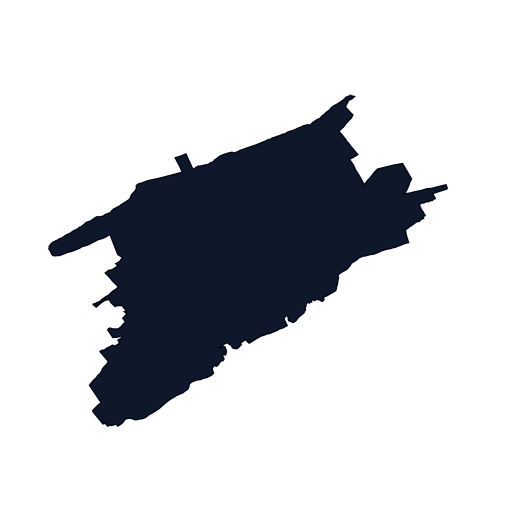 the district of Puiesti, Vaslui, Romania, rotated 258°
{"feature_id": "2599482B4132166404081", "entity_name": "Puiesti", "entity_type": "district", "adm_level": 2, "iso_a3": "ROU", "parent_name": "Romania", "parent_adm1": "Vaslui", "projection": "mercator", "projection_center": [27.45, 46.442], "detail": "fine", "context": "isolated", "style": "filled", "palette": "ink", "viewbox_px": 512, "rotation_deg": 258, "n_neighbors": 0, "source": "geoboundaries", "source_scale": "gbopen_adm2", "svg_char_len": 6082}
<svg xmlns="http://www.w3.org/2000/svg" viewBox="0 0 512 512"><g transform="rotate(258 256 256)"><path d="M299.0,424.1L315.9,418.5L316.2,409.8L315.7,392.9L313.2,389.2L308.4,383.6L307.4,381.9L305.5,379.5L304.1,377.8L303.5,378.0L303.4,376.5L311.0,374.3L319.9,371.1L324.2,370.3L331.2,367.4L332.6,372.5L334.1,376.6L343.2,371.7L347.8,369.6L349.0,368.5L350.9,368.1L356.3,365.5L360.7,362.9L364.9,369.4L365.6,370.2L366.0,370.2L371.3,378.0L374.0,380.1L374.8,379.3L383.2,374.3L385.6,376.2L386.3,376.5L387.1,377.6L388.0,377.9L389.0,379.0L390.0,382.8L391.5,385.4L392.3,384.0L391.7,382.9L393.5,382.1L393.1,380.7L392.6,377.3L390.7,374.5L389.3,371.2L387.8,367.4L386.5,362.8L386.1,362.4L385.3,360.3L383.9,359.0L382.5,356.3L381.9,354.6L380.4,352.5L378.9,349.2L377.4,347.7L377.0,346.2L377.0,345.0L375.8,342.0L374.4,338.6L373.5,337.6L373.1,336.7L373.0,335.3L373.4,333.7L373.6,333.7L373.4,329.3L372.7,327.0L372.2,323.4L371.3,319.9L370.5,312.5L369.5,310.1L369.4,308.2L369.6,307.4L369.2,306.5L368.7,303.3L368.4,299.8L368.0,298.9L368.1,297.9L367.9,296.1L366.9,294.5L367.2,294.0L367.1,291.3L366.6,290.2L364.6,279.1L362.7,263.3L361.6,259.0L361.3,255.0L362.0,254.7L362.4,254.1L362.4,250.6L361.9,245.2L361.1,241.2L359.4,237.8L358.3,235.1L357.5,234.9L356.7,232.6L356.4,230.2L355.5,228.8L355.5,220.3L355.8,217.7L353.6,212.3L370.4,208.6L369.3,203.3L368.8,197.4L358.9,200.3L353.2,201.3L352.1,177.5L352.1,166.9L351.9,164.1L351.2,160.8L350.9,156.1L350.6,155.1L349.6,153.5L347.6,153.3L346.2,152.6L344.8,151.3L342.1,147.4L340.8,146.2L338.9,145.3L337.2,143.0L334.0,134.4L333.2,133.2L331.6,126.8L329.9,123.9L328.6,122.5L327.9,117.2L326.9,115.3L326.7,113.7L326.8,110.2L327.3,109.2L327.4,108.3L326.3,105.3L324.6,101.6L324.0,96.7L322.4,94.1L320.8,90.8L320.8,89.3L319.7,87.7L318.3,82.1L317.0,79.5L316.0,74.9L314.1,70.2L313.5,67.1L312.6,64.5L312.5,63.3L312.1,62.6L311.8,60.7L310.8,58.4L309.6,57.5L308.6,55.8L307.7,55.7L305.8,54.9L305.5,55.4L299.7,56.8L298.8,57.6L298.0,59.2L298.0,60.5L297.4,64.0L298.4,70.6L298.9,72.7L298.8,75.2L299.4,79.8L300.3,84.7L301.4,88.0L301.8,93.7L305.0,105.5L305.0,107.8L305.6,111.8L307.5,117.7L286.2,121.2L282.3,125.2L278.9,121.4L277.9,118.6L277.7,117.3L274.6,119.1L274.4,117.7L272.6,112.9L272.3,111.1L272.6,108.9L270.7,105.1L265.2,108.6L261.1,110.7L255.5,114.4L254.7,114.8L253.5,113.7L252.3,111.5L251.8,109.7L249.6,105.7L248.1,103.5L247.6,101.3L245.7,96.6L243.7,93.4L243.7,91.3L243.0,89.8L242.7,86.8L242.3,86.7L239.3,89.1L242.2,94.2L243.9,98.4L244.2,100.3L243.9,103.7L240.8,104.3L235.8,107.8L236.2,108.7L236.9,109.0L236.8,110.3L236.0,110.6L236.2,111.5L236.1,111.8L236.3,112.4L235.8,112.6L235.6,113.7L235.9,114.1L235.9,114.5L228.9,117.9L228.9,115.8L226.3,117.7L223.8,114.4L222.9,112.8L218.8,114.8L216.0,110.8L214.9,109.7L214.2,108.0L213.6,107.3L213.3,106.1L213.9,102.5L214.4,100.8L215.8,98.2L215.7,97.3L215.0,96.0L214.6,95.7L206.2,99.0L205.5,102.5L205.5,104.0L205.9,107.7L204.3,108.2L202.6,104.5L202.4,103.6L200.4,104.0L199.1,104.9L197.2,99.4L197.2,98.5L198.3,97.8L198.5,96.9L197.6,94.5L196.8,90.7L195.2,87.8L195.7,87.0L195.7,85.5L195.3,84.1L194.9,83.6L184.1,89.5L183.0,89.3L181.4,87.8L178.9,84.1L177.2,82.2L175.5,81.2L174.8,80.2L173.5,79.3L171.8,76.2L170.1,74.7L168.8,72.2L166.2,68.7L164.1,66.3L144.5,74.2L143.4,71.4L142.1,69.2L139.0,64.5L137.9,64.1L123.6,71.4L123.8,72.6L123.4,74.1L120.6,75.4L120.8,77.8L120.3,80.0L120.7,84.3L118.5,85.3L118.8,86.7L120.0,89.5L120.8,90.9L123.2,93.6L123.8,95.2L123.9,98.0L122.8,101.0L121.2,103.2L120.7,105.6L120.9,108.4L120.5,110.5L121.1,114.3L123.0,118.2L125.1,124.7L127.0,129.5L131.7,137.8L134.4,144.0L135.4,147.4L136.3,149.4L136.6,151.8L137.3,154.1L137.3,155.7L138.7,158.4L139.3,160.2L140.5,162.0L142.3,163.2L144.8,164.2L145.7,166.0L146.2,166.4L146.9,171.2L147.0,174.0L146.7,176.2L147.5,179.5L147.4,182.6L148.7,187.4L149.3,188.7L150.3,190.0L155.4,189.4L155.3,189.9L156.7,191.1L158.0,193.6L156.4,194.1L156.9,195.6L158.0,197.0L159.5,198.1L159.7,198.7L160.7,200.1L160.5,201.9L161.6,203.0L162.5,203.2L163.6,203.1L166.0,202.0L166.8,202.8L166.1,203.8L165.8,204.9L165.8,205.7L166.2,206.1L167.1,206.3L168.0,207.0L169.3,207.2L173.2,206.8L173.8,206.3L173.6,205.4L174.8,204.5L173.4,201.5L174.1,201.1L174.8,202.1L175.2,204.3L176.6,206.8L177.3,210.0L175.2,211.5L173.9,213.2L171.1,214.0L169.8,216.4L169.4,218.1L170.3,220.1L172.5,223.2L174.0,222.3L176.6,228.6L174.3,229.7L172.2,231.3L175.3,239.6L176.7,244.2L176.9,247.2L177.4,249.8L177.5,253.7L179.0,261.6L179.7,263.5L180.0,265.3L180.0,266.8L181.5,272.0L188.8,270.1L190.9,272.4L191.3,273.6L191.3,274.4L190.9,274.3L188.1,275.2L187.8,275.0L187.7,274.5L186.0,274.6L185.0,275.8L184.8,276.6L183.7,277.8L183.4,278.4L183.4,279.0L184.4,281.5L187.2,284.7L190.7,291.3L191.4,291.1L192.8,293.1L196.0,293.2L196.0,293.9L196.3,294.3L197.1,294.3L197.6,294.8L198.8,294.9L200.1,297.0L200.2,297.5L198.9,298.3L199.8,299.2L199.5,300.7L200.4,300.6L201.5,301.9L201.0,303.1L200.2,304.3L201.3,305.5L199.9,309.1L197.8,311.3L199.2,313.4L201.9,313.4L202.4,317.0L205.5,326.5L206.7,327.4L208.7,328.1L210.8,329.4L216.6,331.6L217.5,332.1L220.5,332.2L222.2,335.8L223.9,341.5L225.2,343.6L226.4,344.9L227.0,346.1L228.2,346.9L229.1,347.9L229.8,349.3L230.9,352.8L232.9,356.5L233.7,360.6L233.4,362.8L233.7,367.9L233.4,371.9L234.5,378.0L234.9,378.9L235.5,384.6L235.4,389.4L235.8,393.0L235.4,394.3L236.2,396.0L236.3,398.2L237.4,404.5L237.5,408.0L243.9,407.4L250.1,407.3L251.4,409.3L251.5,410.3L252.1,410.8L253.1,412.8L253.2,414.0L254.0,414.8L254.1,416.1L255.0,417.6L256.2,420.6L255.9,422.9L257.0,424.0L257.2,424.9L257.6,425.0L257.7,425.6L258.2,425.8L257.8,426.7L257.9,427.0L258.5,426.9L258.2,427.6L259.4,427.5L260.6,429.9L261.9,429.2L264.3,428.7L266.2,427.6L272.8,426.2L272.9,428.1L273.6,429.5L273.0,431.1L273.7,433.0L273.5,433.5L273.9,434.9L273.2,435.6L273.9,437.0L273.6,437.7L273.8,439.0L274.2,439.4L273.8,440.2L274.9,441.4L274.7,443.0L275.1,443.3L278.7,442.1L280.4,442.1L281.9,456.4L282.1,456.8L283.1,456.8L283.2,457.1L286.1,456.6L286.0,451.2L285.8,448.8L285.8,446.2L285.5,442.0L286.2,437.1L285.7,431.5L285.7,422.9L285.5,419.7L285.9,414.8L285.6,413.3L289.4,417.3L293.8,420.4L296.0,421.6L299.0,424.1Z" fill="#0f172a" stroke="#020617" stroke-width="1.5"/></g></svg>